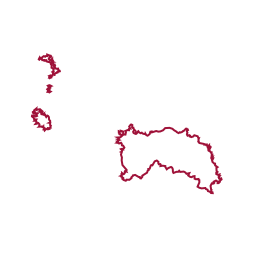 the district of Sao Joao Baptista, Brava, Cabo Verde, rotated 284°
{"feature_id": "66160863B96352926706883", "entity_name": "Sao Joao Baptista", "entity_type": "district", "adm_level": 2, "iso_a3": "CPV", "parent_name": "Cabo Verde", "parent_adm1": "Brava", "projection": "orthographic", "projection_center": [-24.678, 14.893], "detail": "fine", "context": "isolated", "style": "outline", "palette": "rose", "viewbox_px": 256, "rotation_deg": 284, "n_neighbors": 0, "source": "geoboundaries", "source_scale": "gbopen_adm2", "svg_char_len": 5831}
<svg xmlns="http://www.w3.org/2000/svg" viewBox="0 0 256 256"><g transform="rotate(284 128 128)"><path d="M85.3,225.9L86.1,225.5L85.9,223.8L88.2,224.0L88.5,223.5L91.8,222.1L94.5,222.7L94.9,223.0L94.5,223.8L94.9,224.6L95.7,225.0L96.7,224.2L98.3,226.1L97.6,228.1L96.2,228.3L96.4,229.1L96.8,229.5L98.1,229.4L98.1,230.1L99.3,230.1L100.7,231.2L101.7,230.6L100.8,229.2L101.0,228.6L101.7,228.6L102.3,227.8L103.7,228.6L103.7,228.0L105.1,228.0L104.3,226.6L104.7,224.8L105.8,224.5L106.4,225.4L107.1,225.5L107.6,224.4L110.7,223.4L111.7,224.3L112.8,221.6L114.5,221.1L114.4,220.0L115.0,219.2L115.6,219.4L115.1,219.0L115.5,218.2L117.7,217.0L118.2,217.1L118.2,217.8L119.2,218.0L119.1,217.5L119.5,217.2L119.1,216.9L120.4,217.1L120.0,216.6L120.5,216.7L120.3,216.0L121.4,216.1L120.8,215.5L121.6,216.0L124.6,215.0L124.3,214.2L125.3,213.3L125.4,212.0L125.8,211.6L126.1,212.1L126.5,212.1L126.1,211.4L127.9,210.8L128.5,211.2L128.0,212.5L128.9,212.7L128.9,212.2L129.9,212.4L130.3,210.9L130.8,210.8L129.0,209.7L131.0,208.5L130.4,207.8L130.8,207.4L130.4,206.3L130.8,206.3L130.9,205.1L130.7,200.9L131.7,199.6L132.1,199.9L133.4,199.2L135.0,199.3L134.8,199.0L136.8,197.6L137.0,194.1L135.6,193.4L134.5,191.7L134.7,190.1L135.6,190.1L135.9,189.0L134.9,187.8L135.1,187.4L136.3,186.6L137.8,186.8L139.2,185.8L139.9,185.9L140.5,186.7L141.2,186.2L141.3,185.0L141.0,185.0L141.5,184.8L141.4,184.4L138.4,182.6L138.3,182.1L137.1,181.3L136.2,179.8L136.4,179.3L135.3,178.3L135.7,176.7L136.4,176.7L136.0,176.5L137.0,173.2L138.0,171.3L138.2,168.3L136.9,164.1L134.3,162.6L132.5,160.2L131.8,158.3L131.9,156.1L129.6,152.3L130.4,151.9L129.8,150.6L127.4,150.5L125.3,148.9L125.5,147.5L126.8,146.2L126.2,146.2L126.1,144.9L126.2,143.4L126.8,142.5L126.0,141.5L126.4,139.9L127.4,138.8L126.4,138.0L125.6,138.1L124.4,137.5L124.2,136.9L124.9,136.5L124.2,136.3L124.5,134.7L125.5,133.9L126.9,134.3L127.3,135.4L128.5,133.7L129.5,133.2L129.2,132.6L129.6,131.8L131.9,131.5L132.2,130.5L131.9,129.8L129.7,128.8L128.0,130.3L127.9,129.4L127.3,129.1L126.1,129.5L125.9,128.1L124.4,126.1L123.4,127.0L121.0,127.1L120.5,124.5L121.6,124.7L123.4,124.1L123.5,122.6L123.2,122.9L122.6,121.4L122.7,119.8L121.0,120.3L120.2,122.1L119.8,121.8L119.4,124.4L117.1,122.8L116.3,120.3L116.0,121.7L114.8,121.8L114.5,121.1L114.2,122.4L113.4,121.2L112.5,121.7L112.2,120.8L111.8,121.4L111.0,120.7L111.2,122.5L110.8,123.1L112.0,124.8L111.4,125.6L109.7,126.3L109.7,127.6L108.1,129.2L106.5,128.6L106.5,127.5L106.0,126.6L105.5,127.7L105.3,127.2L105.1,127.6L103.6,127.8L103.1,127.2L103.0,127.8L100.5,127.6L98.0,129.2L95.0,129.7L90.7,131.6L87.0,136.8L86.2,136.9L85.8,136.3L85.4,136.7L85.5,135.6L84.9,135.5L84.9,136.1L82.6,135.4L82.1,134.6L82.8,133.2L82.0,133.5L81.7,132.8L80.2,133.2L79.8,132.7L79.8,133.6L79.1,133.4L78.4,135.5L77.8,135.7L77.2,135.0L76.5,136.3L76.3,138.6L77.5,139.1L78.1,141.9L80.2,143.5L80.9,143.2L82.8,144.4L83.2,144.3L84.2,146.3L83.0,150.4L83.3,151.3L82.2,152.0L82.2,152.8L84.1,153.7L85.2,153.4L89.3,157.3L91.3,157.4L92.2,158.2L93.0,157.6L93.8,158.9L97.2,159.2L97.8,160.0L97.7,160.7L102.1,162.0L103.4,163.8L102.5,165.7L101.2,165.9L100.3,166.7L100.8,168.0L100.5,168.5L98.9,168.7L99.8,170.8L100.1,173.4L99.3,173.6L97.3,175.6L98.7,176.6L100.1,178.4L100.6,179.2L100.2,180.4L98.9,181.4L96.3,182.2L95.4,183.0L97.2,185.6L97.7,187.4L98.9,188.0L98.0,189.2L99.2,192.6L98.7,194.5L97.7,195.8L99.0,198.4L96.5,197.9L95.6,200.2L95.7,201.7L96.8,202.7L97.4,204.2L94.9,204.9L94.7,206.3L95.6,208.7L94.8,209.0L94.7,209.8L92.5,210.4L87.9,209.7L87.3,211.6L87.2,214.0L88.5,217.6L87.6,218.4L87.4,220.1L86.1,220.9L86.0,222.9L85.0,224.3L85.3,225.9ZM120.5,31.8L119.8,32.0L119.4,33.7L120.0,34.5L119.9,36.5L118.8,35.7L117.7,36.8L116.8,35.6L117.4,33.4L116.9,31.9L116.0,32.0L114.9,34.3L113.1,35.1L112.9,36.2L112.5,35.9L112.7,36.7L114.0,36.5L114.1,37.0L113.6,36.8L112.0,37.4L111.5,38.1L109.6,37.3L110.0,38.3L110.7,38.4L110.5,39.0L111.1,39.8L110.1,41.2L108.8,41.3L108.4,41.8L107.8,41.4L108.7,44.3L108.2,44.5L108.1,45.4L108.7,45.6L108.1,45.8L107.7,47.0L106.3,46.6L106.4,47.0L105.4,47.7L107.1,48.7L107.5,49.9L108.5,50.1L108.6,50.9L107.6,51.1L108.1,52.0L108.8,51.5L109.5,52.7L109.8,52.3L111.5,52.6L111.9,51.8L114.1,51.2L114.0,50.3L114.8,51.2L115.9,50.7L115.8,51.2L117.0,49.4L119.4,48.6L120.3,47.6L120.5,46.7L118.9,46.0L120.4,44.5L119.7,43.9L121.1,44.2L121.4,43.5L120.5,43.0L120.8,42.3L121.2,42.4L120.5,41.7L120.5,40.6L121.1,40.3L122.5,40.9L122.3,38.4L123.8,40.3L124.9,38.1L124.0,37.7L124.4,36.9L124.2,35.8L123.3,35.1L123.4,34.7L123.8,34.9L123.9,34.2L124.5,34.2L122.5,32.7L121.1,33.7L121.0,32.4L120.5,31.8ZM174.8,25.2L173.1,24.8L172.8,25.4L173.8,26.0L174.2,27.2L173.1,28.4L173.7,30.2L173.0,30.5L173.1,31.0L173.7,31.0L174.1,32.4L172.9,33.0L172.8,34.9L173.2,35.6L172.7,36.5L172.8,37.1L171.1,37.8L170.5,38.8L168.0,39.2L167.7,40.7L166.9,41.7L166.1,41.5L164.9,42.2L164.0,41.1L163.2,42.2L162.4,42.1L161.6,43.5L161.7,43.9L163.0,43.7L163.5,44.4L163.5,43.9L163.9,44.9L165.3,45.8L165.1,46.4L165.7,46.7L166.5,48.1L167.1,47.8L167.5,46.2L168.7,45.8L168.1,44.0L168.8,42.8L168.6,42.3L169.4,42.2L169.2,41.8L170.1,41.1L170.9,41.7L171.0,41.3L171.7,41.4L171.5,40.1L172.1,40.2L173.0,39.4L172.6,38.2L173.5,38.2L174.0,39.4L174.1,38.9L174.8,38.8L174.6,38.5L175.1,38.7L175.3,38.0L176.7,37.7L175.0,36.7L175.4,34.8L176.4,34.3L177.9,35.5L177.9,35.9L178.9,36.2L179.2,35.8L178.7,35.6L179.0,35.0L178.5,34.5L179.4,34.2L179.7,31.8L178.2,32.1L177.8,30.6L177.1,30.3L177.4,29.0L176.4,28.0L175.2,27.7L174.8,27.0L175.1,26.5L174.5,25.4L174.8,25.2ZM146.0,40.2L145.1,41.5L143.6,41.2L143.8,42.2L143.5,43.1L144.6,44.1L144.8,43.0L145.3,42.6L147.0,42.6L148.0,41.4L146.0,40.2ZM160.3,40.1L159.4,38.9L159.1,39.4L157.9,39.3L158.3,40.2L157.7,40.3L158.5,41.4L159.5,40.8L160.2,41.8L160.7,41.5L160.0,40.8L160.3,40.1ZM150.4,41.2L149.6,40.0L148.1,42.0L148.7,42.1L148.7,42.8L149.7,42.5L150.2,43.3L150.5,42.2L150.4,41.5L150.0,41.6L150.4,41.2Z" fill="none" stroke="#9f1239" stroke-width="2"/></g></svg>